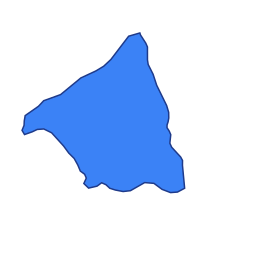 outline of Changhua, rotated 134°
{"feature_id": "TWN-1169", "entity_name": "Changhua", "entity_type": "County", "adm_level": 1, "iso_a3": "TWN", "parent_name": "Taiwan", "parent_adm1": "", "projection": "albers", "projection_center": [120.501, 23.99], "detail": "fine", "context": "isolated", "style": "filled", "palette": "blue", "viewbox_px": 256, "rotation_deg": 134, "n_neighbors": 0, "source": "natural_earth", "source_scale": "10m", "svg_char_len": 894}
<svg xmlns="http://www.w3.org/2000/svg" viewBox="0 0 256 256"><g transform="rotate(134 128 128)"><path d="M51.4,185.5L52.4,183.6L54.6,174.2L56.2,170.3L65.5,161.3L68.3,157.6L71.9,147.3L77.3,137.1L85.0,115.8L88.5,109.6L92.5,105.6L95.8,103.4L98.7,102.0L100.7,100.1L101.6,96.2L103.1,92.6L109.9,87.3L111.5,83.2L112.3,69.9L113.5,66.2L117.0,62.9L132.0,45.4L139.7,47.9L144.9,52.5L148.5,60.9L149.8,70.9L155.7,78.1L171.4,82.7L177.1,87.4L181.4,94.0L184.0,99.2L184.1,104.5L185.7,108.9L191.4,109.9L198.6,114.6L198.6,116.5L198.6,121.2L193.0,123.2L191.4,127.1L192.1,132.4L189.5,138.4L187.3,145.6L187.2,153.1L185.7,161.8L184.5,179.6L187.2,187.9L192.1,192.3L197.2,194.2L204.6,197.9L203.3,202.6L198.3,204.6L194.9,207.6L191.8,209.7L190.5,210.6L174.6,207.5L166.9,207.6L150.8,199.7L124.7,196.7L109.4,190.8L100.5,188.4L90.6,187.9L61.5,191.3L51.4,185.5Z" fill="#3b82f6" stroke="#1e3a8a" stroke-width="1.5"/></g></svg>